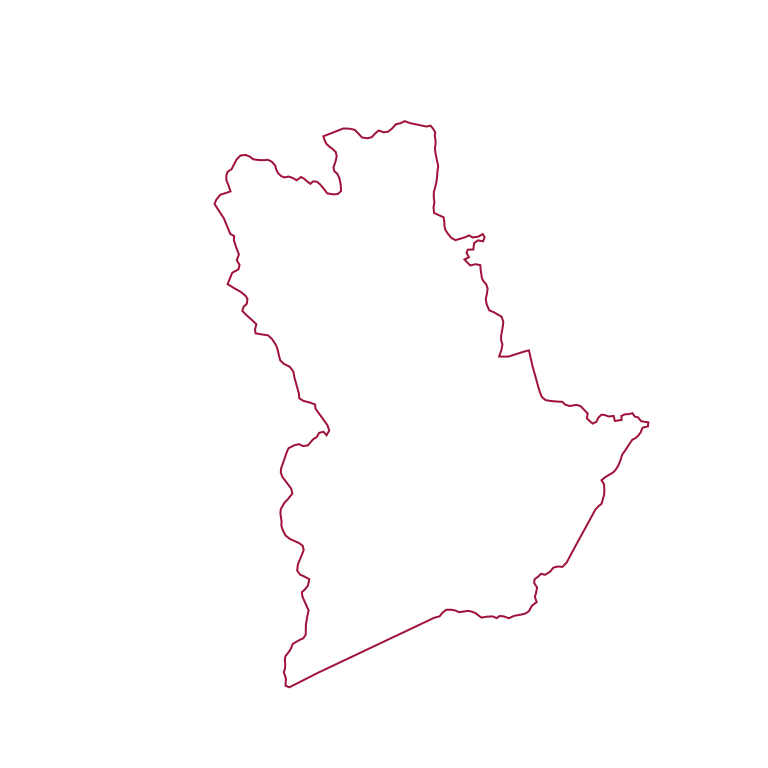 the district of Miranorte, Tocantins, Brazil, rotated 334°
{"feature_id": "56859067B32280550150304", "entity_name": "Miranorte", "entity_type": "district", "adm_level": 2, "iso_a3": "BRA", "parent_name": "Brazil", "parent_adm1": "Tocantins", "projection": "mercator", "projection_center": [-48.669, -9.394], "detail": "fine", "context": "isolated", "style": "outline", "palette": "rose", "viewbox_px": 768, "rotation_deg": 334, "n_neighbors": 0, "source": "geoboundaries", "source_scale": "gbopen_adm2", "svg_char_len": 4342}
<svg xmlns="http://www.w3.org/2000/svg" viewBox="0 0 768 768"><g transform="rotate(334 384 384)"><path d="M166.0,615.1L197.9,614.6L326.5,616.1L332.1,617.2L336.2,615.3L340.9,614.2L345.6,616.4L349.0,619.0L351.4,622.0L355.8,623.4L360.5,624.9L363.3,627.3L365.8,630.0L367.5,633.5L369.2,636.7L374.1,638.1L379.8,640.5L382.6,643.8L386.2,643.2L389.6,645.2L393.6,649.3L398.9,649.4L402.2,650.2L406.7,651.5L410.6,652.3L414.8,651.7L419.6,648.2L425.7,646.9L426.2,641.6L429.0,638.5L432.4,634.0L431.7,628.7L433.8,625.5L438.1,624.7L441.9,623.4L445.1,626.1L451.0,625.5L455.8,623.3L460.4,624.3L464.2,626.6L470.0,624.5L479.4,617.6L519.0,589.5L523.1,587.9L527.1,587.0L530.1,583.5L533.3,580.0L535.6,575.8L537.8,570.5L537.3,565.8L542.6,564.6L550.8,564.0L554.3,562.8L558.4,560.3L563.0,556.3L567.1,551.9L572.5,549.0L575.6,547.1L579.2,544.9L582.8,542.9L586.4,542.9L590.0,541.8L593.4,540.0L597.3,536.6L602.6,537.8L604.8,534.3L601.8,532.4L598.7,529.9L597.7,525.3L595.1,523.2L594.5,519.1L590.9,518.4L587.3,516.9L583.4,516.8L581.7,520.5L575.3,518.4L576.4,513.4L571.7,511.7L569.0,508.8L566.0,506.9L562.0,508.2L558.2,511.1L554.3,511.1L552.7,507.6L551.3,503.8L554.1,499.9L552.4,494.3L551.0,490.1L547.7,487.0L541.4,485.3L537.8,482.0L536.5,478.2L531.8,475.6L526.3,472.3L522.1,469.2L520.1,464.6L520.7,458.7L521.2,455.3L522.1,450.4L523.5,443.2L524.4,438.0L525.2,433.6L529.0,417.3L523.8,416.2L507.8,413.9L499.5,409.8L504.2,405.1L507.8,400.4L508.4,396.1L510.3,392.1L513.1,388.4L515.9,384.5L518.5,380.5L519.2,375.2L516.3,370.8L514.2,367.7L510.9,363.9L511.2,357.5L512.6,352.4L515.9,348.2L519.0,343.6L519.6,339.2L518.5,335.6L518.4,331.7L519.6,328.1L520.7,324.3L522.7,319.3L518.6,316.4L513.5,315.3L512.1,311.1L510.9,307.3L515.9,307.3L515.7,302.3L518.2,300.0L523.3,302.3L526.7,296.9L531.5,296.1L535.5,299.2L538.8,296.3L538.4,292.5L533.5,292.9L527.9,291.2L525.7,287.7L522.0,287.7L516.3,286.9L511.2,286.0L508.6,282.2L507.3,277.0L506.7,272.4L507.6,268.4L509.2,265.1L510.6,260.2L507.3,256.3L504.0,252.2L505.9,247.0L509.0,242.7L510.6,237.9L512.9,233.4L515.9,229.9L519.5,225.7L522.5,221.1L525.1,216.5L528.2,212.0L529.9,205.3L531.3,199.7L532.9,194.8L535.7,190.7L537.3,187.1L538.4,183.3L540.3,180.4L540.1,176.3L539.1,172.2L535.0,171.2L521.6,160.8L517.8,156.8L512.7,156.8L508.7,155.7L503.3,157.9L498.0,159.0L494.0,157.6L490.3,153.8L486.1,154.9L481.2,156.8L476.8,155.8L472.3,152.8L470.6,147.1L469.1,142.7L464.9,139.4L459.4,136.5L438.1,134.8L437.4,139.6L437.6,143.2L439.0,146.7L440.6,149.8L442.3,154.2L441.3,158.6L438.8,161.8L436.2,164.6L433.6,167.0L432.6,171.0L434.3,174.8L434.0,179.8L432.6,185.5L430.0,191.7L425.8,193.0L421.5,191.3L416.6,187.8L415.5,182.1L414.1,176.7L412.4,172.7L409.0,170.8L405.6,171.8L403.7,168.1L402.2,164.5L400.2,161.6L394.8,162.6L392.4,158.9L389.2,155.7L384.9,154.6L382.6,151.9L381.3,148.2L381.1,144.4L382.0,140.0L380.5,134.8L377.8,131.5L374.1,130.2L369.1,127.5L365.0,124.7L363.0,120.7L360.2,117.6L355.2,115.7L349.9,117.6L345.4,120.9L341.2,124.1L336.5,124.7L333.5,127.7L331.6,131.8L331.4,137.0L330.5,143.6L325.6,143.0L319.7,142.1L313.8,145.0L310.6,147.9L311.4,154.5L312.0,159.7L312.7,164.6L311.6,181.7L314.2,185.3L312.1,188.8L311.0,196.8L310.4,203.9L305.9,208.3L306.4,213.6L303.5,217.1L296.3,217.5L287.2,225.7L291.6,232.6L295.7,238.5L298.2,244.0L298.6,247.6L295.9,251.7L291.6,253.1L288.7,256.1L290.5,261.6L293.4,268.8L295.5,274.3L291.9,278.6L290.8,282.2L295.1,285.3L301.2,289.5L303.1,294.6L304.0,302.1L303.3,307.3L302.1,312.2L301.1,317.3L302.7,321.8L306.8,327.2L308.0,332.9L306.3,339.1L303.4,354.9L301.6,359.7L304.0,363.7L308.9,367.9L313.1,372.1L311.6,376.1L315.1,396.1L314.4,401.8L309.9,404.9L308.6,400.3L304.2,399.5L300.3,402.2L296.1,402.6L288.6,405.8L284.0,404.3L281.2,400.8L276.3,399.7L270.0,399.9L267.2,402.2L259.0,410.4L254.7,414.5L252.4,418.3L251.9,423.3L253.2,429.2L254.0,433.6L254.7,437.2L253.7,442.2L246.2,445.8L242.6,447.0L236.4,451.2L234.2,454.8L231.7,462.5L229.6,466.5L229.0,471.3L229.1,477.0L231.5,482.0L234.5,485.6L237.9,489.7L240.0,493.7L239.1,497.9L235.9,501.0L227.7,508.2L224.2,513.5L225.0,518.6L228.1,522.2L231.3,526.7L227.3,531.8L222.6,534.1L219.0,535.0L217.5,539.1L217.3,544.4L217.1,549.6L217.0,554.4L213.2,559.2L208.3,566.1L203.8,574.9L200.0,577.2L196.2,577.0L188.1,577.6L184.3,581.0L181.4,582.9L176.0,585.5L173.9,588.5L172.6,592.0L170.5,596.1L167.6,599.2L166.8,605.7L163.2,612.0L166.0,615.1Z" fill="none" stroke="#9f1239" stroke-width="2"/></g></svg>